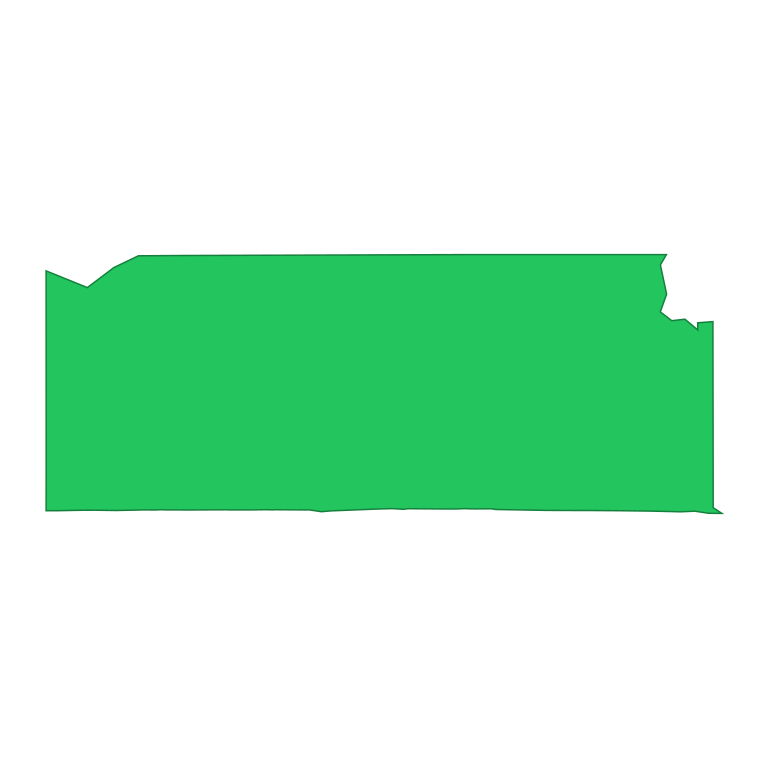 Escambia, Alabama, United States of America
{"feature_id": "52423323B39779994842487", "entity_name": "Escambia", "entity_type": "district", "adm_level": 2, "iso_a3": "USA", "parent_name": "United States of America", "parent_adm1": "Alabama", "projection": "equal_earth", "projection_center": [-87.161, 31.128], "detail": "fine", "context": "isolated", "style": "filled", "palette": "green", "viewbox_px": 768, "rotation_deg": 0, "n_neighbors": 0, "source": "geoboundaries", "source_scale": "gbopen_adm2", "svg_char_len": 1061}
<svg xmlns="http://www.w3.org/2000/svg" viewBox="0 0 768 768"><path d="M375.4,509.1L376.1,509.1L392.1,508.6L403.6,509.3L408.0,508.7L444.7,509.0L448.0,509.0L455.5,509.0L465.5,508.6L468.2,508.8L474.9,508.9L491.5,508.8L495.8,509.5L547.3,510.4L576.2,510.5L587.3,510.5L617.2,510.7L618.2,510.7L650.7,511.1L650.9,511.1L680.4,511.8L692.7,511.3L693.5,511.2L694.9,511.2L708.8,513.3L721.9,513.4L713.2,507.7L712.9,321.6L697.7,322.8L697.7,329.9L684.9,319.2L671.8,320.7L660.3,311.9L666.6,294.2L660.4,264.9L666.4,254.6L468.0,254.6L183.3,255.5L138.4,255.8L113.8,267.6L87.3,287.6L46.1,270.9L46.2,468.3L46.1,510.7L58.2,510.7L78.3,510.3L94.8,510.2L116.0,510.5L144.6,509.9L145.0,509.9L145.7,509.9L154.4,510.0L158.1,509.9L160.4,509.7L162.5,509.8L166.8,509.9L179.6,509.9L184.3,510.0L226.5,509.8L229.3,509.9L235.4,509.9L251.2,509.9L267.1,509.7L273.1,509.9L274.9,509.7L282.6,509.8L284.1,509.8L301.1,509.9L304.8,509.9L305.4,510.0L306.6,509.9L307.3,509.9L308.4,509.9L308.8,509.8L321.4,511.7L327.4,511.2L330.9,510.9L375.4,509.1Z" fill="#22c55e" stroke="#15803d" stroke-width="1.5"/></svg>